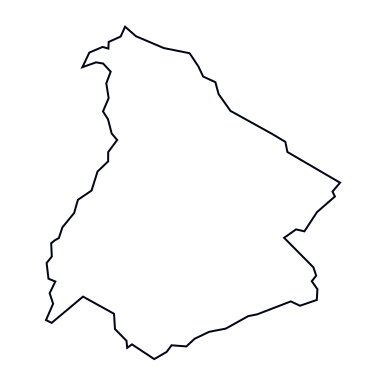 Newberry, South Carolina, United States of America, rotated 89°
{"feature_id": "52423323B77423065564035", "entity_name": "Newberry", "entity_type": "district", "adm_level": 2, "iso_a3": "USA", "parent_name": "United States of America", "parent_adm1": "South Carolina", "projection": "mercator", "projection_center": [-81.608, 34.303], "detail": "fine", "context": "isolated", "style": "outline", "palette": "ink", "viewbox_px": 384, "rotation_deg": 89, "n_neighbors": 0, "source": "geoboundaries", "source_scale": "gbopen_adm2", "svg_char_len": 1031}
<svg xmlns="http://www.w3.org/2000/svg" viewBox="0 0 384 384"><g transform="rotate(89 192 192)"><path d="M276.2,337.0L279.1,330.2L290.7,336.1L301.3,332.8L317.5,340.2L320.4,334.6L294.7,302.8L312.4,272.1L327.7,271.4L339.6,260.1L346.7,259.5L343.3,254.7L358.4,232.7L351.4,220.1L344.9,215.1L346.3,200.3L338.8,192.0L332.1,177.3L329.2,160.7L317.1,138.0L315.5,129.1L303.1,95.1L307.6,86.0L302.1,69.1L291.4,68.3L283.3,73.8L277.8,69.3L269.5,71.9L239.4,100.7L231.2,88.6L233.3,80.3L214.3,67.4L199.0,49.2L194.0,51.5L185.3,43.8L153.7,95.9L143.5,97.8L135.8,110.1L111.6,152.1L94.6,163.7L82.6,166.7L76.8,178.8L66.6,183.4L53.2,192.0L47.6,217.7L35.3,245.3L25.6,256.0L35.3,260.6L40.5,272.7L47.1,273.1L45.4,278.9L50.8,292.2L65.3,299.4L60.7,285.7L62.0,278.6L70.3,271.2L81.9,275.8L96.7,273.7L109.9,279.6L117.8,274.7L132.1,271.3L138.7,265.9L150.6,275.1L159.9,275.3L169.9,286.1L188.8,292.4L197.8,306.2L210.9,310.2L225.1,322.2L235.7,325.9L237.9,330.0L240.8,333.7L254.1,333.3L260.5,338.6L276.2,337.0Z" fill="none" stroke="#020617" stroke-width="2"/></g></svg>